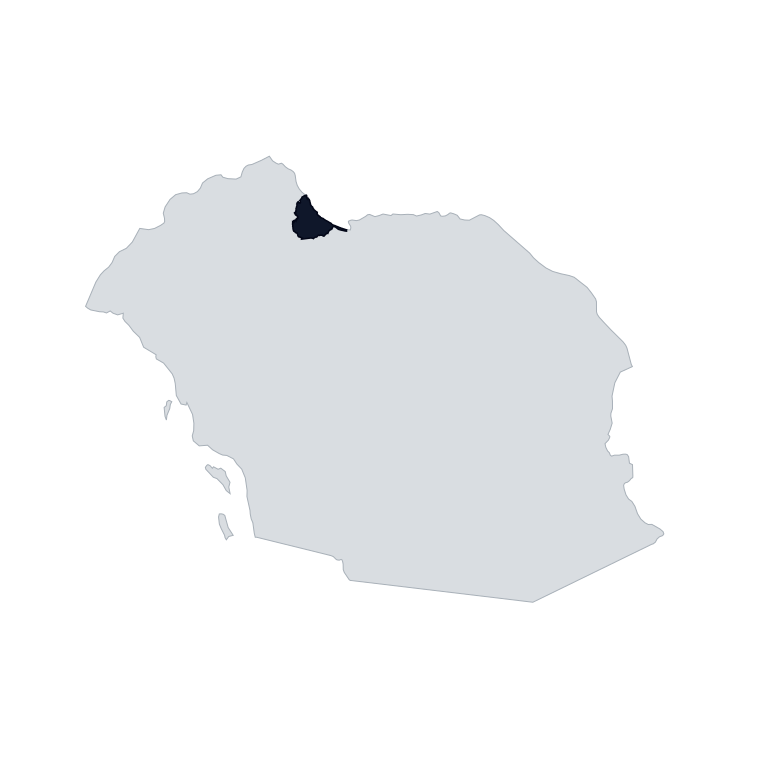 Ludewa, Njombe, United Republic of Tanzania (highlighted), rotated 154°
{"feature_id": "72390352B43391507115191", "entity_name": "Ludewa", "entity_type": "district", "adm_level": 2, "iso_a3": "TZA", "parent_name": "United Republic of Tanzania", "parent_adm1": "Njombe", "projection": "natural_earth1", "projection_center": [34.61, -10.023], "detail": "fine", "context": "in_parent", "style": "filled", "palette": "ink", "viewbox_px": 768, "rotation_deg": 154, "n_neighbors": 0, "source": "geoboundaries", "source_scale": "gbopen_adm2", "svg_char_len": 8900}
<svg xmlns="http://www.w3.org/2000/svg" viewBox="0 0 768 768"><g transform="rotate(154 384 384)"><path d="M301.5,532.9L294.7,528.8L288.5,526.2L283.4,523.4L281.1,520.7L276.3,519.6L272.2,519.2L268.3,516.6L260.5,515.7L259.6,514.0L259.4,510.2L258.1,509.2L255.2,508.2L252.1,508.3L250.3,508.8L249.1,508.6L246.6,506.3L244.2,503.5L243.3,499.0L239.7,496.1L235.5,493.8L224.0,494.1L222.2,493.4L219.5,491.1L216.2,487.3L213.7,483.0L211.4,477.2L209.0,469.3L195.7,437.8L194.3,431.9L191.7,425.3L187.5,417.2L183.0,411.2L176.9,405.7L170.0,400.3L166.3,396.6L159.1,381.8L157.6,374.9L156.5,367.7L157.0,364.8L161.4,355.6L161.8,353.0L161.3,349.5L159.1,342.1L156.3,333.2L150.6,316.9L149.8,312.8L149.9,309.7L153.2,293.1L153.1,290.8L166.4,291.1L176.0,283.9L184.4,273.1L186.1,268.6L189.5,261.6L192.9,258.2L194.2,255.8L196.1,248.8L200.5,244.1L204.8,240.5L204.0,238.0L204.6,237.0L206.9,235.2L211.5,233.5L212.4,229.9L212.4,225.8L211.6,223.5L211.8,220.8L211.1,219.4L208.1,219.0L203.7,216.9L199.9,216.1L197.4,214.9L196.4,214.0L196.0,211.5L198.1,205.2L196.0,202.6L200.7,192.1L201.5,190.8L203.2,190.7L205.8,189.5L208.3,189.0L210.3,189.4L211.8,189.0L213.1,187.8L214.2,184.3L215.1,178.3L214.6,173.4L212.7,169.7L212.1,164.0L213.0,156.3L212.4,150.0L210.3,144.9L208.1,141.9L204.8,140.4L199.5,132.7L197.9,128.9L198.2,126.6L200.0,125.6L203.4,125.9L206.5,125.0L209.4,122.9L212.2,122.3L213.7,122.6L345.9,122.6L500.5,222.3L501.1,223.5L502.3,232.1L502.0,235.0L499.7,240.0L499.0,242.6L498.9,244.4L499.5,245.1L501.5,245.3L503.3,246.5L503.9,247.4L505.2,251.1L506.9,253.0L565.5,302.0L566.9,302.7L566.0,306.8L562.7,316.8L562.5,320.9L561.2,325.8L559.9,329.0L556.5,343.0L553.7,348.3L549.8,360.5L549.2,369.9L551.3,376.5L552.1,382.7L556.6,388.7L560.2,390.9L562.6,393.7L566.9,400.0L569.4,406.3L577.2,409.4L580.3,416.5L579.1,421.4L575.5,425.5L572.1,432.0L569.4,440.6L569.3,453.8L571.1,451.8L575.2,455.0L575.7,464.7L571.4,476.0L570.1,481.3L569.9,485.9L572.9,499.4L577.6,506.3L577.2,508.4L576.0,510.2L583.9,522.4L583.2,533.0L586.2,541.3L587.5,548.4L589.4,553.9L589.8,557.7L587.3,561.9L593.1,562.9L596.5,566.4L598.1,569.7L602.3,569.5L604.6,571.8L607.9,573.6L615.1,579.1L617.0,581.9L618.2,584.6L598.2,602.0L591.0,606.5L585.8,608.5L580.3,609.7L575.1,612.4L570.1,616.7L563.8,618.9L556.1,618.9L548.0,621.9L535.3,630.9L527.9,625.9L522.1,624.4L515.4,624.5L511.3,625.1L509.9,626.2L508.6,629.3L507.5,634.3L503.1,639.1L495.4,643.7L488.3,645.5L481.9,644.3L477.5,642.4L475.2,639.7L471.8,638.5L467.4,638.7L463.1,640.6L459.0,644.2L452.5,645.7L443.6,645.3L438.8,643.5L438.2,640.5L434.3,637.0L427.1,633.0L421.8,632.9L418.4,636.7L415.3,639.2L412.5,640.2L410.0,640.3L406.4,639.2L396.5,638.8L387.2,639.0L386.3,633.4L384.3,630.0L382.6,627.9L379.4,627.4L378.5,625.9L377.4,622.4L375.8,619.4L373.7,617.0L372.5,614.7L372.0,612.6L372.4,610.3L374.3,604.5L374.9,600.6L374.7,596.6L373.7,592.4L371.4,587.5L371.7,586.1L370.9,582.8L370.9,580.4L371.3,577.5L370.9,573.7L368.9,565.4L368.9,563.3L366.9,559.4L360.7,550.0L360.4,548.8L350.6,539.3L346.7,537.2L345.3,539.0L344.8,540.6L345.2,543.7L345.0,545.2L344.6,545.9L342.3,545.8L340.8,545.4L337.1,542.9L334.2,542.2L327.1,542.7L324.6,543.3L322.6,542.7L318.8,538.4L314.4,537.5L310.4,537.2L303.8,532.3L301.5,532.9ZM578.3,375.0L581.5,385.4L581.1,387.4L578.8,388.6L577.6,388.7L576.2,387.0L575.2,383.5L573.5,384.3L570.5,380.1L567.6,379.9L565.1,374.9L566.1,370.6L565.5,363.2L568.7,359.4L570.4,352.9L572.5,357.3L572.9,364.1L575.6,372.2L578.3,375.0ZM594.0,313.1L594.2,315.6L593.6,317.9L593.7,325.3L593.4,330.2L591.0,337.0L589.0,339.4L587.3,338.7L585.8,337.6L584.7,335.7L587.0,323.3L585.9,314.1L590.4,315.0L594.0,313.1ZM587.1,463.1L584.8,463.7L583.9,463.1L582.5,461.1L585.0,459.3L587.3,455.9L592.8,451.0L595.4,447.0L595.0,450.9L591.9,459.3L589.2,459.9L587.1,463.1Z" fill="#d9dde1" stroke="#a8b0b8" stroke-width="1"/><path d="M350.0,538.9L352.9,541.6L353.2,541.9L353.3,542.1L353.5,542.1L354.0,542.7L354.3,542.9L354.9,543.7L356.1,544.9L356.4,545.4L356.8,545.8L357.7,546.7L357.8,546.8L357.9,547.0L358.0,547.1L358.4,547.5L358.5,547.7L358.7,548.0L359.3,548.4L359.6,548.8L360.2,549.4L360.4,549.6L360.5,549.9L360.7,550.0L360.8,550.3L360.9,550.6L361.0,550.9L361.0,551.1L361.0,551.4L361.2,551.6L361.4,552.0L361.5,552.0L361.8,552.5L362.0,552.6L362.1,553.0L362.5,553.5L362.8,553.9L362.8,554.0L363.0,554.3L363.3,554.9L363.8,555.5L364.4,556.2L364.8,556.9L365.0,557.2L365.5,558.1L365.9,558.7L366.0,559.1L366.2,559.5L366.6,559.8L366.8,560.1L367.1,560.4L367.2,560.5L367.3,560.7L367.6,560.8L367.9,561.3L368.0,561.8L368.2,562.0L368.2,562.3L368.1,562.5L368.4,562.9L368.5,562.9L368.5,563.3L368.8,563.5L368.9,563.8L369.0,564.0L369.2,564.3L369.4,564.7L369.5,564.8L369.6,565.0L369.6,565.3L369.5,565.5L369.7,565.8L369.4,566.3L369.5,566.5L369.3,566.6L369.0,567.1L368.8,567.3L368.7,567.6L368.8,567.7L368.9,567.9L369.0,568.2L369.1,568.5L369.8,569.4L369.9,569.9L370.0,570.3L370.2,570.5L370.3,570.8L370.4,571.1L370.7,571.5L370.8,571.8L370.8,572.1L370.6,572.3L370.9,572.8L370.8,573.0L370.7,573.2L370.8,573.5L370.8,573.8L370.6,574.1L370.6,574.4L370.8,574.8L370.9,575.1L371.1,575.2L371.3,575.6L371.3,575.8L371.3,576.0L371.3,576.3L371.5,576.6L371.5,576.9L371.4,576.9L371.3,577.4L371.4,577.6L371.4,577.8L371.0,578.5L371.0,578.9L370.9,579.4L370.8,579.8L370.7,580.6L370.6,580.8L370.7,581.1L370.4,581.5L370.5,581.7L370.4,581.9L370.4,582.4L370.4,582.7L370.4,582.9L370.6,583.1L370.7,583.4L370.9,583.9L370.9,584.3L371.4,583.9L371.8,584.3L371.8,584.2L371.8,584.3L371.9,584.2L371.9,584.3L371.6,584.6L371.8,585.0L371.9,585.3L371.9,585.5L371.8,585.8L371.5,586.2L371.2,586.5L371.0,586.9L370.9,587.3L370.9,587.6L371.1,587.9L371.4,587.9L371.7,587.7L371.9,587.6L372.0,587.7L372.2,588.0L372.3,588.0L372.4,587.9L372.4,587.5L372.5,587.5L373.1,587.7L373.2,587.8L373.3,588.1L373.6,587.9L374.0,588.0L374.5,587.9L375.3,588.0L375.6,588.0L376.2,587.5L376.3,587.2L376.4,586.8L376.5,586.7L377.0,586.7L377.2,586.8L379.1,585.9L378.8,585.7L379.0,585.1L379.3,584.6L379.4,583.9L379.7,583.5L379.8,583.4L380.8,583.6L380.7,583.9L380.9,583.9L381.1,584.1L381.1,584.3L381.3,584.7L381.2,585.0L381.1,585.5L381.3,585.7L381.2,585.8L381.9,585.2L382.8,584.8L383.0,584.5L383.1,584.2L383.5,584.0L383.4,583.7L383.7,583.1L383.8,582.7L384.4,582.2L384.7,582.0L385.3,580.9L386.0,580.6L387.0,578.4L387.4,578.3L387.5,578.2L387.5,577.6L387.6,577.4L388.0,577.2L388.2,577.4L388.4,577.3L388.5,577.1L388.8,576.9L389.3,577.2L389.5,577.1L389.5,576.8L389.4,576.6L389.0,576.2L388.9,575.8L388.8,576.5L388.6,576.4L388.6,575.9L388.6,575.7L388.8,575.4L388.7,575.2L388.7,574.6L388.8,574.6L388.8,574.9L389.0,575.0L389.2,574.9L389.4,575.0L389.4,574.8L389.1,574.6L389.1,574.4L388.9,574.3L388.8,574.0L388.7,573.8L388.3,573.5L388.1,573.0L388.1,572.9L388.3,572.8L388.4,572.6L388.2,572.4L388.1,571.9L388.3,571.6L388.5,571.7L388.5,571.1L388.8,571.2L389.1,571.2L389.3,570.8L389.5,570.8L389.8,570.6L390.2,570.9L390.4,570.9L390.6,570.7L390.4,570.6L390.2,570.6L390.1,570.4L390.2,570.2L390.4,570.2L390.5,569.8L390.8,569.8L390.9,570.0L391.2,570.1L391.2,569.9L391.2,569.7L391.4,569.3L391.5,569.2L391.5,569.4L391.6,570.0L391.8,570.2L392.0,570.2L392.3,569.9L392.4,570.0L392.6,570.3L393.1,570.2L393.3,570.4L393.5,570.4L393.7,570.1L394.1,569.8L394.2,569.6L393.7,569.3L393.6,569.1L394.0,568.8L394.1,568.7L394.3,568.5L394.6,568.7L394.7,568.9L394.6,569.2L394.4,569.6L394.4,569.8L394.8,570.1L394.9,569.8L395.0,569.9L395.0,570.0L395.1,569.7L395.2,569.4L395.5,568.8L395.7,568.5L396.2,567.7L396.3,567.0L396.5,566.4L397.0,565.7L397.3,564.2L397.7,563.6L397.8,563.1L398.0,562.4L398.1,561.4L398.1,560.9L397.8,560.8L397.6,560.2L397.5,559.9L397.3,559.8L397.2,559.6L397.2,559.3L397.2,559.0L396.9,558.9L396.8,558.5L396.6,558.5L396.4,558.0L396.0,557.9L395.9,557.7L396.1,557.1L396.1,556.7L396.0,556.4L396.0,556.2L396.1,555.9L396.2,555.7L396.3,555.4L396.4,554.9L396.3,553.9L396.2,553.7L395.6,553.5L395.1,553.2L395.2,552.7L394.7,552.3L394.5,551.9L394.2,551.9L393.9,551.3L393.5,551.0L393.4,550.9L394.4,550.5L394.6,550.3L394.0,550.1L385.5,547.2L384.9,546.7L384.1,546.1L383.7,545.6L383.0,546.0L382.8,545.9L382.5,546.0L382.3,546.0L381.8,546.0L381.5,546.2L381.3,546.1L381.1,546.1L380.7,545.8L380.0,545.6L379.8,545.7L379.0,546.1L378.8,546.1L378.5,546.3L378.2,546.3L378.0,546.5L377.8,546.5L377.5,546.5L377.0,546.2L376.9,545.8L376.0,545.7L375.2,545.2L374.2,544.8L374.1,544.7L373.9,543.7L373.5,543.4L373.3,543.3L373.1,543.2L372.9,543.2L372.5,543.4L371.4,543.9L370.4,544.1L369.8,544.6L369.3,544.6L369.2,544.4L368.9,544.2L368.7,544.0L368.5,543.9L368.2,544.3L367.6,544.7L367.5,544.9L367.1,545.2L366.9,545.5L366.2,545.7L366.0,546.0L365.8,546.1L365.7,546.1L365.3,546.0L365.1,546.1L364.9,546.0L364.6,546.1L364.0,546.0L363.6,546.2L363.4,546.4L363.0,546.6L362.7,546.7L362.6,546.4L362.1,546.8L361.7,547.2L361.2,547.6L360.8,547.6L360.2,547.6L359.6,547.2L359.1,546.5L358.7,546.2L358.3,545.2L358.1,544.9L357.7,544.0L357.4,543.4L356.9,542.7L356.6,542.5L355.8,541.7L354.2,540.4L353.5,539.9L352.1,538.7L350.9,537.9L350.7,537.8L350.5,538.4L350.0,538.9Z" fill="#0f172a" stroke="#020617" stroke-width="1.5"/></g></svg>